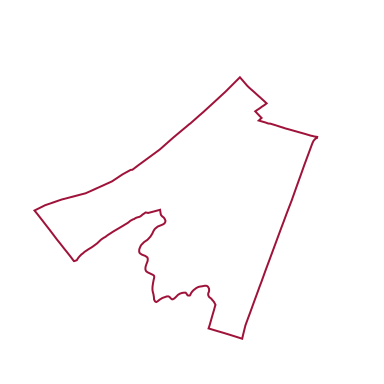 Garcov, Romania, rotated 123°
{"feature_id": "2599482B23748012739102", "entity_name": "Garcov", "entity_type": "district", "adm_level": 2, "iso_a3": "ROU", "parent_name": "Romania", "parent_adm1": "", "projection": "robinson", "projection_center": [24.633, 43.762], "detail": "fine", "context": "isolated", "style": "outline", "palette": "rose", "viewbox_px": 384, "rotation_deg": 123, "n_neighbors": 0, "source": "geoboundaries", "source_scale": "gbopen_adm2", "svg_char_len": 3209}
<svg xmlns="http://www.w3.org/2000/svg" viewBox="0 0 384 384"><g transform="rotate(123 192 192)"><path d="M276.7,240.1L275.1,239.6L273.6,239.0L267.6,236.3L260.2,232.6L252.8,229.0L249.7,228.0L247.1,226.6L246.2,225.8L244.7,225.2L243.8,224.6L242.6,223.6L241.4,222.5L240.9,222.2L238.9,221.4L237.9,221.3L237.1,220.8L234.5,219.8L233.9,218.6L233.5,217.4L229.0,213.3L224.3,209.1L227.0,206.7L228.1,205.6L228.7,203.7L228.8,201.7L229.7,199.8L230.6,198.6L231.6,198.1L233.1,198.0L234.5,198.4L237.2,200.2L239.6,201.9L242.3,202.8L243.7,203.1L246.2,203.0L247.9,202.7L249.7,202.6L252.2,202.6L256.3,203.3L260.1,204.9L264.0,205.7L265.9,205.6L267.3,205.3L268.5,205.1L269.5,204.6L270.8,203.8L271.5,203.0L271.8,201.9L271.8,199.9L271.1,196.6L271.1,194.7L271.2,193.8L271.8,193.0L273.1,192.1L274.2,191.6L277.0,191.0L279.4,190.4L280.7,189.9L282.3,188.9L283.1,187.9L283.5,186.9L283.5,185.2L283.2,183.0L282.8,179.8L282.8,178.6L283.2,177.9L284.3,177.1L286.6,176.3L290.0,174.9L292.8,173.6L294.5,172.6L295.8,171.7L297.3,170.3L298.5,168.9L300.9,166.7L302.9,165.2L303.1,164.7L303.8,163.6L303.9,162.8L303.7,162.0L302.4,161.3L300.1,160.6L297.0,159.1L295.3,157.8L293.2,156.2L292.3,154.8L292.3,153.5L292.7,152.1L292.9,150.5L292.5,149.7L291.2,149.0L289.6,148.5L285.8,147.7L283.9,146.8L282.1,145.4L280.9,144.0L279.9,142.5L280.1,141.8L280.4,140.9L281.0,139.6L281.0,139.1L280.6,138.3L280.0,137.5L279.2,137.4L277.4,137.7L275.3,137.6L273.3,137.2L270.5,136.2L268.9,135.4L267.9,134.7L266.8,133.6L265.5,132.1L263.9,130.5L263.0,129.2L262.7,128.4L262.7,127.2L263.1,126.3L263.8,125.1L265.1,124.1L266.1,123.6L268.1,123.2L269.5,122.4L270.3,121.3L270.8,120.2L270.9,118.2L271.0,117.5L271.3,116.9L271.8,115.0L272.4,113.3L273.9,110.8L274.9,110.6L278.6,109.4L285.3,107.4L294.0,104.7L297.4,103.8L294.8,94.9L292.9,88.6L291.1,82.3L289.1,75.1L288.5,72.9L288.1,71.4L287.7,70.0L284.5,71.2L279.0,73.1L274.6,74.6L268.0,76.1L260.0,77.9L249.7,80.3L240.9,82.3L233.6,84.0L230.6,84.6L217.4,87.7L206.6,90.1L173.4,97.6L166.5,99.1L158.5,100.9L151.0,102.5L145.2,103.7L131.9,106.9L117.0,110.4L112.4,111.5L108.7,112.4L86.0,117.5L83.5,117.9L82.6,117.9L81.7,117.8L80.8,117.6L80.1,117.5L79.3,117.1L78.6,116.6L78.1,116.8L77.6,117.0L78.4,118.8L78.6,119.2L78.8,119.6L79.3,121.2L79.6,122.1L79.9,122.6L81.8,129.1L83.8,135.5L86.9,145.5L87.7,147.9L90.7,159.0L91.8,162.8L92.1,163.7L92.9,165.1L93.2,165.9L93.5,167.6L95.7,174.9L92.0,174.0L91.2,177.5L89.9,182.9L87.9,182.1L85.9,181.2L84.2,180.5L82.5,179.9L79.6,178.6L77.0,177.7L76.7,179.5L76.4,181.3L75.5,186.8L75.1,189.5L74.4,193.8L73.4,200.6L72.8,203.6L69.7,214.3L89.4,218.5L104.3,222.3L118.6,226.0L124.8,227.8L126.0,228.1L135.7,230.8L136.3,231.1L156.4,237.3L174.0,242.2L199.1,251.7L205.8,254.1L206.9,255.5L214.9,259.8L226.7,264.9L251.0,280.5L253.5,282.8L269.4,297.3L283.1,308.0L293.3,314.0L294.5,310.3L297.6,301.3L299.5,295.9L301.4,290.4L303.4,284.9L305.4,279.4L307.2,273.9L309.1,268.4L310.9,262.9L312.8,257.4L314.3,253.4L314.2,253.2L312.0,251.5L310.6,251.5L309.1,251.5L306.8,251.2L305.5,250.9L305.1,250.9L302.6,250.0L301.4,249.7L300.2,249.3L298.4,248.5L296.5,247.7L293.0,246.0L291.3,245.3L288.1,244.1L286.8,243.6L284.2,243.0L281.7,242.4L280.9,242.1L279.9,241.7L278.1,240.9L276.7,240.1Z" fill="none" stroke="#9f1239" stroke-width="2"/></g></svg>